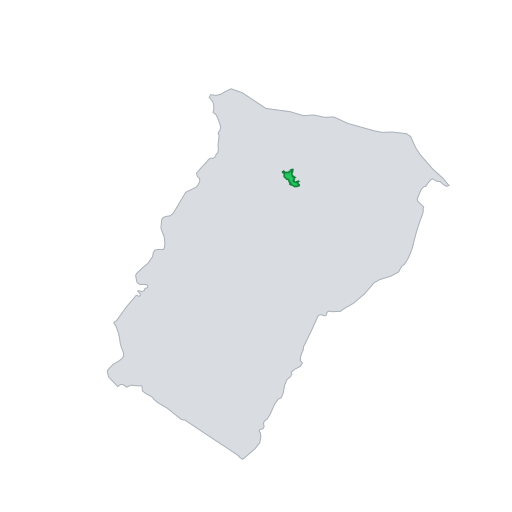 Kwahu West, Eastern, Ghana shown in context, rotated 214°
{"feature_id": "2480657B50723205918173", "entity_name": "Kwahu West", "entity_type": "district", "adm_level": 2, "iso_a3": "GHA", "parent_name": "Ghana", "parent_adm1": "Eastern", "projection": "orthographic", "projection_center": [-0.787, 6.491], "detail": "fine", "context": "in_parent", "style": "filled", "palette": "green", "viewbox_px": 512, "rotation_deg": 214, "n_neighbors": 0, "source": "geoboundaries", "source_scale": "gbopen_adm2", "svg_char_len": 5909}
<svg xmlns="http://www.w3.org/2000/svg" viewBox="0 0 512 512"><g transform="rotate(214 256 256)"><path d="M310.7,73.4L314.4,76.8L315.2,78.8L313.9,86.3L311.2,91.6L309.6,96.5L309.8,99.0L311.4,101.4L317.0,105.3L319.8,107.8L323.2,111.6L327.1,115.3L333.7,120.1L336.5,121.0L336.4,122.3L335.5,124.2L334.9,142.2L334.4,146.9L334.0,149.2L333.4,156.0L332.7,156.9L331.4,156.9L330.3,157.1L330.0,158.5L330.5,159.8L334.5,160.8L333.6,161.8L330.6,162.8L329.3,164.8L329.9,167.1L328.2,169.0L328.7,170.2L329.8,171.1L331.4,170.8L336.1,167.7L338.1,167.3L340.5,168.0L345.0,172.7L345.2,175.0L343.4,183.0L341.6,189.1L341.3,197.3L343.2,201.9L343.0,204.4L340.9,206.6L336.3,209.8L336.7,211.9L338.8,215.9L342.7,220.4L350.4,225.9L354.4,233.2L354.5,236.1L352.2,239.0L349.4,241.6L348.5,245.3L349.9,269.5L343.9,280.1L343.8,283.1L344.4,286.5L346.0,288.6L349.1,289.2L351.6,291.2L350.8,298.6L349.5,306.2L349.3,309.8L348.5,311.5L346.1,313.0L345.3,315.3L345.9,318.3L345.4,320.4L346.7,323.2L349.5,326.7L354.0,335.4L355.7,336.1L356.4,337.9L356.0,339.7L357.7,343.5L362.6,347.3L367.8,350.7L372.0,351.1L373.0,354.1L375.8,357.9L377.8,359.6L381.0,360.7L383.6,361.3L383.7,364.5L379.0,366.7L375.8,370.1L373.4,375.1L370.1,380.7L358.5,383.7L354.0,383.7L330.3,383.9L308.0,394.9L295.1,398.8L287.3,405.0L276.6,409.4L269.2,414.8L253.8,417.3L228.5,425.7L220.6,429.0L212.6,434.8L199.6,441.6L194.5,441.5L184.3,435.1L176.7,431.9L158.0,426.9L144.0,424.9L137.2,422.8L135.4,422.5L137.0,420.2L140.9,420.0L145.0,420.7L148.1,419.0L152.6,418.8L153.8,417.0L154.2,412.4L154.2,408.6L155.8,407.0L156.2,402.6L154.0,392.9L152.4,391.8L144.3,390.3L143.7,388.4L142.2,386.4L140.7,381.3L138.9,373.9L136.1,364.6L130.7,349.4L129.4,344.0L128.5,338.5L128.3,331.9L129.4,329.5L129.3,326.1L128.8,322.7L132.7,315.0L140.3,305.5L141.9,302.1L143.3,299.7L143.5,296.3L144.9,285.2L148.6,271.9L150.9,266.8L152.4,264.1L154.3,259.7L154.8,257.6L161.7,252.4L164.9,251.0L165.7,248.9L164.6,246.7L165.1,245.1L166.7,244.4L169.3,243.7L171.1,241.6L168.3,225.1L166.0,208.7L165.9,207.3L164.5,205.0L163.1,198.2L160.8,194.2L157.6,193.1L157.6,189.3L160.9,183.0L161.8,179.3L160.2,178.2L160.0,175.3L161.2,170.7L160.6,167.8L160.0,164.7L156.7,157.5L155.9,152.4L157.6,149.5L157.6,143.0L155.8,132.9L155.6,126.6L156.8,123.9L156.2,121.4L153.8,119.0L153.6,116.7L155.7,114.5L155.5,112.7L152.9,111.4L150.6,108.3L148.5,103.4L149.0,95.6L153.0,81.1L153.5,79.9L157.9,80.0L158.0,80.6L171.8,80.6L187.5,80.4L206.4,80.3L223.6,80.2L224.3,79.5L227.1,78.7L244.5,80.2L255.3,79.5L259.9,80.0L263.2,81.0L270.7,80.3L274.7,80.7L277.7,84.3L278.9,84.3L280.6,82.7L283.6,81.0L286.7,79.6L288.8,76.8L290.1,74.7L292.1,75.1L295.0,75.0L296.8,73.2L297.6,70.4L310.7,73.4Z" fill="#d9dde1" stroke="#a8b0b8" stroke-width="1"/><path d="M259.5,338.6L259.7,338.8L259.8,339.0L260.0,339.3L260.3,339.4L260.5,339.3L260.6,339.2L260.8,339.2L261.1,339.1L261.5,339.3L261.8,339.8L261.9,339.7L262.0,339.8L262.3,339.8L262.4,340.0L262.5,340.2L262.6,340.3L262.5,340.5L262.6,340.8L262.6,341.0L262.6,341.3L262.5,341.5L262.7,341.4L262.8,341.4L262.8,341.2L262.9,341.3L262.9,341.2L263.0,341.2L263.3,341.0L263.3,340.9L263.5,340.8L263.5,340.7L263.6,340.4L263.8,340.4L264.0,340.3L264.0,340.2L263.9,340.0L263.8,339.8L263.8,339.6L263.9,339.4L264.2,339.2L264.9,339.2L265.1,339.1L265.4,339.1L265.5,339.1L266.0,339.0L266.2,338.9L266.3,338.8L266.5,338.8L266.8,338.9L266.9,339.2L267.1,339.3L266.9,339.5L266.9,339.4L266.7,339.5L266.7,339.8L266.9,339.8L267.0,339.9L267.0,340.0L266.9,340.5L267.0,340.5L267.3,340.6L267.5,340.8L267.6,341.0L267.7,341.3L267.8,341.4L268.0,341.7L268.0,341.8L267.9,341.9L267.9,342.1L267.7,342.5L267.4,342.9L268.9,343.1L268.9,342.9L268.9,342.7L269.0,342.6L269.3,342.5L269.6,342.5L269.8,342.4L270.0,342.3L270.3,342.4L270.3,342.6L270.5,342.7L270.5,342.8L270.5,343.0L270.8,343.1L271.0,343.2L271.0,343.3L271.3,343.4L271.5,343.5L271.8,343.6L272.0,343.7L272.0,343.8L272.2,344.0L272.4,344.4L272.4,344.5L272.6,344.5L272.8,344.8L273.0,345.1L272.6,346.0L273.0,346.7L273.2,346.8L273.3,347.0L273.5,347.2L273.5,347.3L273.5,347.6L273.4,347.7L273.5,348.0L273.7,348.4L273.9,348.5L274.0,348.4L274.0,348.2L273.9,348.0L273.9,347.9L273.9,347.7L274.0,347.6L274.3,347.4L274.2,347.4L274.3,347.4L274.2,347.3L274.3,347.3L274.3,347.2L274.3,346.9L274.4,346.7L274.5,346.5L274.4,346.4L274.5,346.4L274.6,346.2L274.8,346.0L274.9,345.9L275.0,345.9L275.1,345.7L275.1,345.4L275.2,345.2L275.3,345.1L275.2,345.1L275.3,345.1L275.4,344.9L275.5,344.6L275.5,344.4L275.5,344.2L275.5,343.7L275.5,343.4L275.8,343.3L276.3,343.1L276.4,342.9L276.6,342.9L276.8,342.7L277.0,342.6L277.3,342.6L277.5,342.1L278.0,342.1L278.2,341.9L278.3,341.9L278.5,341.7L278.7,341.3L278.8,341.3L279.0,341.1L278.9,340.9L278.9,340.7L279.0,340.5L279.6,340.7L279.7,341.1L279.8,341.1L279.8,341.3L279.8,341.5L279.9,341.8L280.0,341.8L280.2,342.1L280.3,342.3L280.3,342.2L280.5,342.1L280.6,341.9L280.5,341.7L280.6,341.4L280.8,341.2L281.0,340.9L281.0,340.5L280.9,340.5L280.5,340.1L280.4,340.1L280.1,340.1L279.8,340.3L279.5,340.2L279.2,340.3L279.1,340.2L278.8,340.1L278.6,340.0L278.4,340.1L278.2,339.9L278.1,339.7L278.1,339.4L278.0,339.0L277.9,338.7L277.8,338.4L277.7,338.3L277.6,338.1L276.9,337.4L276.4,337.4L275.3,337.2L273.9,337.0L273.2,336.8L272.8,337.1L272.6,337.2L272.6,337.4L272.5,337.5L272.4,337.5L272.2,337.6L271.8,337.4L271.3,337.1L270.8,337.0L270.6,336.8L270.4,336.6L270.4,336.4L270.1,336.0L269.7,336.1L269.3,336.2L269.2,336.2L268.8,335.9L268.6,335.6L268.5,335.3L268.5,335.0L268.3,334.7L268.1,334.5L268.0,334.4L267.9,334.4L267.6,334.4L267.7,334.6L267.7,334.8L267.8,335.1L267.8,335.4L267.8,335.5L267.4,335.3L267.3,335.2L266.9,335.2L266.6,335.0L265.6,334.9L263.1,335.2L262.7,335.1L262.6,335.3L262.5,335.5L262.4,335.5L262.2,335.8L261.9,335.8L261.7,335.9L261.6,336.0L261.4,336.1L261.4,336.3L261.5,336.3L261.4,336.4L261.4,336.5L261.1,336.8L260.9,336.8L260.9,337.0L260.7,337.2L260.4,337.1L260.2,337.4L260.0,337.6L259.9,337.7L259.8,337.9L259.7,338.0L259.6,338.3L259.5,338.6Z" fill="#22c55e" stroke="#15803d" stroke-width="1.5"/></g></svg>